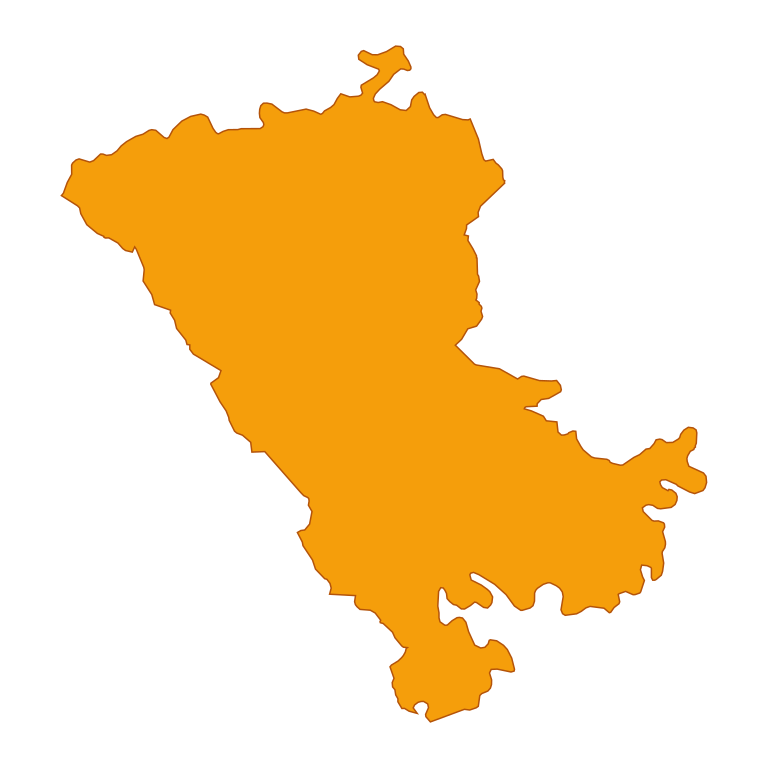 outline of La Misión, Hidalgo, Mexico
{"feature_id": "50627088B23138580841990", "entity_name": "La Misión", "entity_type": "district", "adm_level": 2, "iso_a3": "MEX", "parent_name": "Mexico", "parent_adm1": "Hidalgo", "projection": "orthographic", "projection_center": [-99.056, 21.066], "detail": "fine", "context": "isolated", "style": "filled", "palette": "amber", "viewbox_px": 768, "rotation_deg": 0, "n_neighbors": 0, "source": "geoboundaries", "source_scale": "gbopen_adm2", "svg_char_len": 6063}
<svg xmlns="http://www.w3.org/2000/svg" viewBox="0 0 768 768"><path d="M470.2,119.0L468.1,119.9L462.6,119.6L445.4,114.4L442.2,114.8L438.1,117.6L436.3,117.5L433.6,114.7L429.6,107.8L425.1,94.3L424.7,94.7L422.4,92.2L418.8,92.5L414.1,96.4L411.7,99.9L410.4,106.6L406.2,110.5L400.2,109.8L391.0,104.7L382.5,101.7L378.2,102.5L374.7,101.8L373.8,100.6L373.4,98.3L375.3,94.0L379.8,89.1L388.9,81.3L393.7,74.3L400.7,68.9L403.8,69.1L407.4,70.5L409.7,70.2L410.9,68.8L410.9,67.0L408.3,61.0L403.7,54.2L403.3,48.8L400.5,46.5L395.6,46.1L386.5,51.6L377.6,54.8L372.2,54.7L363.7,50.6L361.3,51.4L358.3,55.2L358.8,59.3L367.1,64.7L378.5,69.1L379.4,70.9L377.1,74.8L373.4,77.9L361.3,85.2L360.9,87.3L362.6,93.1L360.9,95.2L358.4,96.2L349.8,96.9L340.8,93.8L337.3,98.5L334.0,104.6L330.6,107.5L324.5,110.9L322.5,113.4L320.8,114.3L313.7,111.1L306.1,109.1L287.4,112.9L284.5,112.9L282.0,111.8L271.9,104.1L267.0,103.1L263.4,103.2L260.8,105.7L259.7,109.3L259.4,113.3L259.9,117.6L263.4,122.6L263.8,124.7L263.0,126.7L260.1,128.6L241.2,128.7L237.8,129.6L228.3,129.7L223.1,131.4L218.6,133.8L217.4,133.6L215.7,132.3L213.0,128.4L207.7,117.1L204.3,115.1L200.8,114.1L190.7,116.4L181.8,121.1L173.0,129.6L169.0,137.1L167.0,138.5L164.1,137.5L155.8,130.3L151.7,129.7L149.0,130.4L143.0,134.2L135.8,136.4L126.6,141.6L121.2,145.9L117.0,150.9L111.6,154.7L106.5,155.4L103.0,154.1L100.6,154.0L93.6,160.6L89.8,162.1L79.1,158.9L76.0,160.0L72.6,163.1L71.6,165.1L71.7,174.3L67.3,182.4L63.4,193.2L61.4,195.6L77.5,205.8L79.6,207.9L80.8,213.7L86.8,224.7L97.3,233.4L103.9,236.4L103.9,237.2L105.3,238.0L108.8,237.9L117.9,243.0L122.7,248.5L125.5,250.5L132.3,252.1L134.7,246.9L136.3,249.3L143.8,267.4L144.2,269.8L143.1,281.0L151.8,294.6L154.6,304.6L170.6,310.2L170.2,313.0L174.6,320.2L176.6,328.5L185.8,340.1L187.0,344.5L189.8,344.9L189.8,349.3L193.4,354.1L221.0,370.6L218.5,377.7L210.9,383.2L210.8,384.2L220.1,401.9L226.1,410.8L228.7,417.3L229.2,420.4L234.5,431.1L236.7,433.0L242.5,435.2L250.7,442.3L251.9,452.1L264.8,451.6L300.8,492.6L303.7,495.6L307.9,497.6L308.8,498.8L309.1,501.1L308.4,505.2L312.0,511.5L309.6,524.1L304.7,530.0L300.9,530.5L297.4,532.5L302.3,542.0L303.0,545.7L312.5,560.0L315.5,569.1L324.7,578.7L326.9,579.3L330.0,583.4L331.2,588.1L329.6,594.2L355.5,595.6L354.6,601.7L355.4,604.6L357.0,606.7L360.0,609.4L370.3,610.2L375.2,613.0L380.7,620.2L380.0,621.7L380.3,622.7L383.2,623.5L392.5,632.2L395.0,637.8L401.7,645.9L403.4,647.2L407.3,647.6L406.2,648.5L405.3,652.1L403.4,655.5L401.6,657.7L398.1,661.0L391.5,665.0L390.0,666.8L394.0,678.3L392.2,682.6L392.6,686.9L394.9,689.7L395.7,694.9L397.9,698.7L397.9,701.8L401.9,708.5L404.5,708.4L409.1,711.2L417.2,713.4L413.2,707.9L414.6,704.9L418.1,702.3L421.0,701.5L423.6,701.4L427.7,703.9L428.5,707.7L425.6,714.4L425.9,716.7L430.4,721.9L464.4,709.3L469.7,710.0L476.2,707.8L478.3,706.3L479.8,695.5L481.7,693.6L487.9,691.0L490.4,688.1L491.5,684.5L491.6,679.9L489.5,673.0L491.2,669.4L497.2,669.1L511.0,672.0L514.1,671.1L514.5,669.3L511.7,658.1L507.3,649.5L503.5,645.3L496.7,640.8L490.3,639.8L489.2,640.4L488.2,643.8L484.9,647.3L480.7,648.0L474.7,645.1L468.6,631.7L465.9,622.2L462.5,618.0L459.4,617.4L457.0,617.7L452.1,620.7L447.4,625.0L446.3,625.2L444.8,625.2L440.0,621.8L439.0,617.9L439.0,612.9L437.8,606.1L438.6,591.4L440.7,587.7L443.3,588.0L445.0,590.4L446.5,593.4L447.1,598.6L449.8,601.6L453.4,604.5L456.6,605.2L461.3,608.9L464.6,609.0L470.5,605.5L474.6,602.1L476.5,602.5L483.6,607.4L487.6,608.0L490.6,605.0L491.9,602.6L492.6,596.9L489.8,591.7L487.2,589.3L481.2,585.0L471.2,580.0L469.8,574.8L470.7,573.2L473.5,572.4L479.0,574.7L494.7,584.3L506.1,594.6L514.4,606.0L520.7,610.3L522.3,610.3L530.1,608.0L533.0,605.7L534.5,601.1L534.6,593.0L535.7,590.3L537.4,588.3L543.3,584.3L547.8,582.8L550.2,582.8L556.3,585.7L559.6,588.1L562.3,591.9L563.2,596.6L561.0,609.8L562.6,613.7L565.2,615.3L576.6,613.8L581.2,611.4L585.9,607.9L590.0,606.4L604.0,608.2L609.3,612.7L610.7,612.3L614.1,607.5L619.0,603.7L619.7,601.8L618.2,594.4L619.1,593.7L625.6,591.4L633.1,594.7L635.1,594.6L639.8,593.0L640.7,591.8L644.4,580.5L642.6,576.9L640.4,569.7L641.7,565.1L647.1,565.7L650.8,567.4L651.4,568.4L651.4,577.5L652.7,580.2L654.8,580.2L656.3,579.4L661.3,575.2L662.6,571.2L663.7,563.1L662.1,553.3L662.4,551.5L664.8,547.8L665.5,544.2L665.4,541.6L662.6,531.7L664.7,527.1L664.4,524.1L663.5,522.8L658.3,520.9L654.1,521.1L652.0,520.4L643.2,511.6L642.4,507.8L646.0,505.2L648.7,504.6L652.8,505.3L657.5,508.4L660.6,508.8L671.2,507.4L675.1,504.5L676.9,500.4L677.2,496.7L675.9,493.3L671.8,490.0L668.9,489.4L668.0,490.7L662.3,487.6L660.6,484.9L659.8,481.8L661.6,480.0L665.9,479.7L676.3,484.3L677.8,485.9L689.6,492.0L694.7,493.6L703.0,490.5L705.0,487.8L706.6,482.5L706.0,476.3L703.5,473.0L688.9,466.3L687.2,461.4L686.9,458.4L687.7,455.7L690.3,451.3L693.8,449.5L694.3,448.0L695.4,447.1L695.3,445.7L696.3,443.3L696.8,432.9L696.1,429.9L693.1,427.9L688.3,427.3L683.9,430.1L680.7,434.3L679.7,437.6L678.4,439.0L672.8,442.4L666.4,442.6L662.1,439.6L659.8,439.1L656.1,439.8L654.1,443.6L649.8,448.5L646.0,449.1L639.7,454.6L633.9,457.4L622.8,465.0L620.3,465.2L612.7,463.4L610.2,462.3L609.2,460.5L606.9,459.3L594.7,458.0L591.4,456.9L583.2,449.9L580.8,446.4L576.6,438.9L575.8,431.3L572.9,431.0L568.8,432.7L567.8,433.9L564.2,435.0L561.4,435.1L558.0,432.0L556.9,421.9L546.3,420.8L543.4,416.2L531.4,410.9L524.3,408.8L524.8,407.5L526.2,406.7L537.1,406.2L537.2,403.7L541.2,399.5L548.7,398.4L560.6,391.7L561.3,389.8L560.4,385.3L556.6,380.5L551.4,381.0L539.5,380.6L523.9,376.1L521.6,376.4L517.6,379.0L499.5,368.8L476.4,365.0L474.5,364.2L455.3,345.2L461.6,339.3L467.8,328.8L476.6,326.1L481.6,319.2L482.6,316.5L481.0,311.2L481.9,308.1L481.3,306.3L479.1,304.1L479.2,302.6L475.9,300.0L476.7,298.3L477.0,294.1L475.7,289.9L479.5,281.4L478.6,276.1L477.5,274.3L477.0,258.0L476.4,257.8L476.5,255.9L473.0,248.9L467.9,240.5L468.4,236.0L464.2,234.9L466.5,228.5L466.6,225.0L478.5,216.6L478.1,212.4L480.5,206.2L504.7,183.1L504.3,182.1L504.8,180.8L503.4,179.8L502.8,177.2L502.6,170.8L501.8,168.9L498.3,164.9L495.9,163.1L493.2,159.4L485.6,161.1L483.8,159.6L481.8,153.7L478.4,139.0L470.2,119.0Z" fill="#f59e0b" stroke="#b45309" stroke-width="1.5"/></svg>